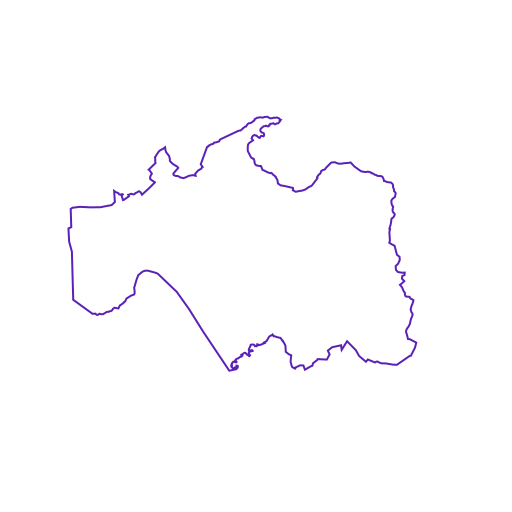 Epatlán, Puebla, Mexico, rotated 300°
{"feature_id": "50627088B13009313759140", "entity_name": "Epatlán", "entity_type": "district", "adm_level": 2, "iso_a3": "MEX", "parent_name": "Mexico", "parent_adm1": "Puebla", "projection": "albers", "projection_center": [-98.367, 18.615], "detail": "fine", "context": "isolated", "style": "outline", "palette": "violet", "viewbox_px": 512, "rotation_deg": 300, "n_neighbors": 0, "source": "geoboundaries", "source_scale": "gbopen_adm2", "svg_char_len": 6157}
<svg xmlns="http://www.w3.org/2000/svg" viewBox="0 0 512 512"><g transform="rotate(300 256 256)"><path d="M385.8,313.7L385.4,311.8L384.7,310.3L383.7,309.3L382.8,307.3L381.9,304.6L382.7,296.4L384.3,291.2L383.1,289.8L380.1,285.5L378.5,283.6L377.1,280.9L376.6,277.4L374.9,274.8L374.1,274.3L367.3,272.5L365.9,272.5L364.9,272.0L363.8,270.8L362.2,270.0L360.0,270.4L358.8,270.2L357.5,269.6L355.3,269.4L354.5,269.6L354.4,270.2L353.9,270.3L345.3,269.2L344.0,268.7L342.2,267.3L338.3,265.5L335.4,263.0L334.7,261.9L331.5,258.3L331.4,255.0L332.4,254.7L333.4,253.9L330.9,245.7L329.5,242.0L329.8,238.7L332.6,236.5L333.8,234.2L334.5,233.5L334.4,232.8L334.8,232.2L334.9,230.4L335.6,228.2L335.6,227.7L335.3,227.6L334.8,226.7L334.3,224.3L334.1,220.4L333.8,218.7L336.4,215.3L335.4,213.4L335.1,212.0L334.6,211.1L334.8,210.0L336.1,208.0L337.2,207.4L338.8,205.8L338.7,205.2L339.0,204.9L338.7,203.5L338.9,202.4L342.8,196.4L345.6,194.7L348.2,193.5L349.2,193.4L350.7,193.7L354.7,195.6L355.6,193.4L357.5,193.1L358.6,193.3L360.1,194.2L360.2,195.6L360.6,196.7L360.1,197.5L360.0,200.0L360.3,200.3L361.6,200.1L362.7,200.5L363.4,202.6L363.8,202.8L365.0,202.5L366.2,201.3L366.1,200.0L365.8,199.1L366.5,197.3L367.0,196.9L368.2,196.5L369.0,196.6L372.1,197.7L373.0,198.9L373.8,199.4L374.1,201.5L374.6,202.0L375.4,202.3L375.7,201.9L376.8,202.4L377.6,202.2L378.4,203.5L379.7,204.7L379.4,206.2L379.9,206.9L381.3,207.8L381.9,208.8L383.8,209.3L386.1,209.4L385.6,208.5L386.6,207.9L386.7,206.7L386.3,204.7L385.3,203.5L384.6,202.1L383.5,201.2L382.4,199.7L382.2,198.7L382.3,196.8L382.1,195.9L380.4,193.6L379.5,193.0L379.0,192.3L378.4,190.5L376.2,187.8L373.7,186.4L372.8,186.8L372.3,186.7L371.2,186.3L371.0,186.0L369.4,185.5L368.2,184.6L367.4,183.4L366.7,183.1L366.0,182.8L363.1,182.6L363.0,182.2L362.0,181.6L357.0,179.9L355.8,178.3L339.5,167.0L338.4,166.5L336.9,166.8L334.2,164.4L333.4,163.1L333.0,162.9L332.1,163.0L331.1,162.3L330.4,161.4L328.4,160.1L327.7,160.1L327.3,159.7L326.8,159.8L326.0,159.1L307.8,162.3L306.5,165.1L306.1,164.6L304.6,165.1L301.0,163.1L296.8,162.2L295.3,163.6L294.4,160.8L292.0,157.9L289.0,155.8L287.2,154.3L286.1,150.9L286.3,150.2L286.1,148.2L285.2,146.5L284.9,144.2L285.9,143.3L286.7,143.3L293.4,144.6L294.0,143.4L294.1,137.9L295.0,134.5L295.4,133.8L296.8,133.0L299.1,130.8L300.9,126.4L302.2,124.9L304.7,122.9L302.1,121.9L300.9,120.9L298.8,119.8L297.3,119.5L293.4,119.2L292.9,119.4L291.4,119.1L290.6,119.3L290.2,119.9L287.1,121.7L286.3,122.5L277.1,119.9L277.1,120.7L275.2,124.7L273.4,124.5L272.4,124.7L271.3,124.9L269.9,125.7L269.5,127.6L269.3,131.6L269.1,131.6L261.9,129.7L252.1,126.6L253.5,124.1L253.6,122.9L253.4,122.1L251.3,121.0L250.4,120.2L248.8,119.8L248.1,119.1L247.5,116.9L246.8,116.1L245.6,115.4L245.1,114.8L244.2,116.1L238.4,113.4L237.9,112.9L241.1,109.4L242.7,109.9L242.8,109.6L242.4,108.8L241.4,108.0L240.9,106.6L241.6,105.5L241.2,102.4L241.4,100.6L232.2,106.8L227.9,105.5L220.4,96.8L215.4,88.4L210.4,78.7L206.0,72.9L204.1,72.0L188.6,81.6L186.1,79.8L175.0,87.0L167.7,94.4L126.7,119.6L124.2,143.3L125.8,145.8L125.5,146.5L125.5,147.9L126.2,148.6L127.8,149.4L128.1,150.8L129.1,152.6L133.2,154.9L133.9,156.3L134.7,156.6L135.8,158.0L137.1,158.5L138.8,158.6L140.4,159.3L141.8,163.1L145.0,162.8L147.2,163.9L149.3,164.8L149.7,164.6L151.2,165.4L154.4,165.1L159.2,167.6L161.7,169.7L163.1,169.5L165.8,167.8L167.5,166.4L175.7,164.4L180.6,163.6L185.8,165.6L188.0,167.5L189.3,169.9L191.1,176.8L191.6,179.6L185.3,205.4L176.6,224.4L163.9,248.4L143.3,290.2L148.1,295.5L150.1,295.9L151.5,295.4L151.6,294.4L151.3,293.9L150.0,294.7L149.5,294.8L149.5,294.1L149.1,293.5L147.2,292.9L147.1,292.1L147.5,291.3L147.6,290.5L148.3,290.3L148.5,289.3L149.3,289.2L149.7,289.6L150.7,288.8L151.3,288.9L151.7,289.1L152.1,288.9L153.0,289.1L153.4,289.8L153.7,291.4L154.1,292.1L154.6,292.2L154.9,291.6L154.5,290.9L154.7,290.2L155.6,290.2L156.7,290.4L158.0,291.2L158.4,291.8L160.3,292.5L161.8,293.8L162.6,294.0L162.6,293.0L163.0,292.6L163.9,293.1L164.2,293.5L165.6,293.9L166.5,294.5L166.8,295.3L166.1,297.6L166.4,298.1L165.9,299.4L166.0,300.3L167.0,300.5L167.9,298.5L168.9,298.0L169.9,298.3L172.1,300.6L172.4,300.4L172.5,299.8L172.0,298.9L170.6,298.1L170.4,297.6L170.5,297.1L171.7,296.4L175.3,296.2L176.1,295.8L176.8,296.1L178.0,297.9L178.0,299.5L177.4,300.1L178.2,301.7L178.7,301.8L180.1,301.2L180.6,302.9L180.3,303.1L181.2,304.2L184.9,307.0L185.1,306.2L187.5,307.7L192.3,307.7L193.8,308.2L194.6,308.6L195.0,309.2L196.3,309.6L195.3,311.5L195.8,312.1L196.3,315.0L197.3,318.2L196.0,320.9L196.2,321.0L196.1,321.4L195.7,321.4L195.1,323.2L193.1,326.3L187.9,329.7L187.3,333.9L187.7,335.7L187.6,336.0L187.2,336.5L185.8,336.9L181.8,338.8L178.8,341.7L177.9,343.0L178.0,347.0L178.4,345.4L183.4,348.9L184.9,351.8L182.0,355.2L188.0,358.7L189.2,359.7L191.6,359.0L197.3,361.3L197.6,361.1L201.7,369.1L207.5,369.0L210.0,365.5L215.1,367.6L221.2,374.3L217.6,377.1L227.7,377.5L224.4,389.5L221.1,395.0L220.7,396.7L219.4,404.1L222.3,404.6L223.3,412.3L224.6,413.0L225.4,414.1L225.4,416.4L225.9,418.6L227.9,422.2L230.4,428.9L232.2,432.4L246.4,439.1L247.0,440.0L256.2,439.5L261.1,438.1L260.9,431.1L260.1,429.1L263.5,425.9L265.2,423.9L267.0,423.2L269.0,423.1L270.9,423.4L274.1,423.2L278.5,421.8L282.9,421.2L284.2,420.5L285.2,418.5L287.1,416.6L291.1,415.5L292.3,415.5L295.2,414.9L296.6,414.3L296.4,411.8L296.6,410.5L297.4,409.4L295.9,406.2L296.1,405.3L297.2,404.1L298.6,403.3L299.3,401.6L301.9,398.1L303.0,395.1L305.4,396.1L308.4,397.0L309.3,393.7L311.9,392.7L313.7,394.1L316.0,393.1L314.5,390.7L313.1,387.0L313.9,384.2L317.1,382.0L320.4,382.9L324.4,382.5L327.1,380.7L327.5,377.5L334.2,370.8L334.0,368.0L334.1,364.8L336.2,364.3L343.5,359.5L346.4,358.6L346.3,357.9L350.8,356.8L355.0,355.2L355.2,354.9L356.8,354.9L358.0,355.6L358.9,355.7L360.9,355.5L361.6,355.2L362.1,354.4L362.2,353.4L363.2,351.8L365.6,350.6L367.0,350.3L367.6,349.6L367.7,348.9L369.0,347.3L371.0,345.9L371.7,345.5L373.5,345.6L376.7,346.8L379.9,345.7L380.7,345.0L381.2,343.1L382.3,342.5L384.4,340.0L385.4,339.6L386.2,338.9L386.6,338.3L387.1,336.2L385.5,332.4L385.4,330.5L385.0,329.3L386.2,328.3L387.3,326.7L387.8,325.9L387.8,324.6L386.1,321.0L386.2,319.2L385.8,318.4L385.9,315.5L385.4,314.5L385.8,313.7Z" fill="none" stroke="#5b21b6" stroke-width="2"/></g></svg>